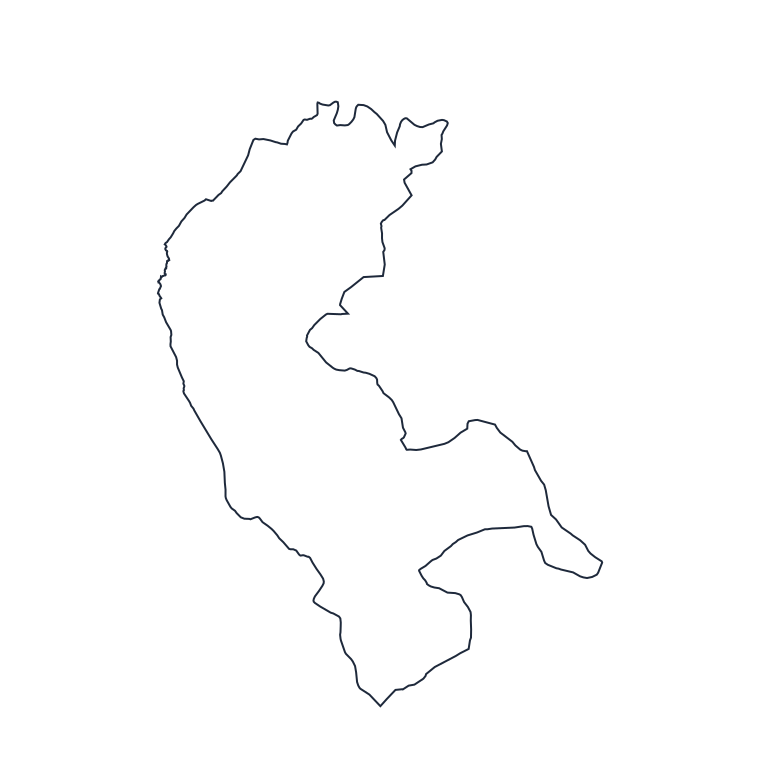 the district of Bahi, Dodoma, United Republic of Tanzania, rotated 327°
{"feature_id": "72390352B69303654086019", "entity_name": "Bahi", "entity_type": "district", "adm_level": 2, "iso_a3": "TZA", "parent_name": "United Republic of Tanzania", "parent_adm1": "Dodoma", "projection": "orthographic", "projection_center": [35.527, -6.167], "detail": "fine", "context": "isolated", "style": "outline", "palette": "slate", "viewbox_px": 768, "rotation_deg": 327, "n_neighbors": 0, "source": "geoboundaries", "source_scale": "gbopen_adm2", "svg_char_len": 6166}
<svg xmlns="http://www.w3.org/2000/svg" viewBox="0 0 768 768"><g transform="rotate(327 384 384)"><path d="M456.4,120.4L452.2,121.2L448.9,122.9L445.2,122.7L442.9,123.5L435.8,127.6L434.4,129.2L433.1,130.2L431.6,128.7L428.5,126.4L426.0,123.2L424.9,122.2L421.4,117.9L416.3,112.9L412.4,110.8L409.7,108.2L407.4,108.2L399.2,114.0L394.6,118.2L379.6,127.4L375.6,128.2L374.2,128.9L364.6,131.0L359.7,132.7L353.3,134.3L351.4,135.2L348.2,135.3L340.4,137.1L339.6,136.5L338.8,136.4L335.3,132.1L333.4,132.4L325.7,131.5L323.8,131.5L320.6,132.0L310.8,134.3L307.1,136.1L302.6,137.3L298.1,139.7L294.5,140.5L291.4,141.5L289.2,142.8L285.0,144.8L282.4,145.5L279.3,146.8L277.6,146.8L276.2,147.5L276.5,148.1L276.5,150.2L276.2,150.6L274.9,150.9L274.1,151.6L273.9,153.2L274.5,154.2L274.4,154.8L273.2,155.9L272.6,157.2L272.0,159.2L272.0,161.4L271.8,162.1L271.2,162.6L271.3,163.1L270.5,163.2L270.2,162.8L269.6,163.1L269.0,162.8L267.7,164.5L266.8,164.9L265.6,166.6L265.5,167.1L264.4,167.7L264.5,168.2L264.2,168.5L263.5,168.2L262.1,169.1L261.7,170.2L260.4,171.5L260.4,172.7L260.7,173.1L260.2,173.7L259.7,173.8L258.9,173.3L257.8,173.2L257.1,172.9L255.8,173.2L255.5,172.4L253.9,174.3L252.7,174.3L252.1,174.8L251.3,174.6L250.5,175.1L250.7,175.6L250.2,176.1L250.7,176.7L250.8,178.6L250.3,180.4L247.6,182.2L247.2,182.1L243.8,184.8L243.7,185.2L244.2,186.1L243.8,187.6L243.9,190.8L242.1,191.0L239.9,193.6L238.2,199.4L238.0,201.2L236.2,205.3L236.0,208.3L234.9,213.5L234.5,222.4L234.2,223.7L232.4,227.0L230.6,228.4L228.3,232.3L226.6,234.3L225.5,236.1L224.3,248.2L223.1,251.8L221.0,255.0L220.0,257.9L218.1,268.4L217.6,272.6L215.9,274.5L215.6,276.6L215.1,277.4L213.7,278.4L212.8,280.2L212.2,280.4L211.7,281.0L211.1,283.0L211.2,292.1L211.1,294.1L210.4,297.3L210.8,300.9L210.5,302.7L209.8,315.2L209.1,336.4L209.1,348.0L208.9,352.3L208.2,355.2L205.7,362.8L202.3,370.7L196.7,380.2L193.5,386.4L189.9,391.9L189.2,393.6L188.8,395.7L188.3,403.3L188.5,405.4L190.0,409.2L190.1,412.0L191.3,417.8L193.5,420.9L197.6,423.8L198.3,424.7L203.2,425.7L204.7,426.2L205.5,426.6L206.3,427.7L206.6,429.1L206.9,433.8L209.3,439.7L210.8,444.4L211.4,447.2L212.1,452.8L212.1,456.3L213.4,461.8L214.6,470.6L215.6,471.7L217.9,473.2L219.7,475.9L219.9,480.8L220.3,482.1L220.6,482.5L222.9,483.5L223.7,484.3L225.8,487.2L226.7,487.8L227.3,489.6L226.8,494.8L226.7,502.4L227.0,509.1L226.9,514.1L226.0,516.8L224.8,518.3L222.4,519.7L216.9,522.1L210.4,524.5L208.2,525.9L206.9,527.2L206.5,528.3L206.8,530.0L209.3,535.9L214.8,546.8L216.5,548.8L219.6,554.5L219.7,556.8L217.9,560.4L215.8,563.5L212.3,568.5L210.6,570.4L208.8,574.0L208.2,575.6L205.2,587.7L205.1,589.5L206.6,596.9L206.7,599.8L206.1,604.8L203.6,610.6L199.1,619.3L198.2,622.8L198.0,625.3L198.2,626.7L202.6,636.5L205.5,652.2L214.8,649.7L227.0,646.8L233.2,650.0L233.4,650.4L240.4,650.4L245.8,652.7L256.5,652.6L259.8,651.5L261.3,650.2L272.4,649.0L296.1,651.2L301.3,651.3L310.7,652.3L316.5,645.8L318.8,644.1L323.4,637.3L328.0,629.6L331.0,625.2L332.4,622.4L332.9,616.7L332.4,610.5L333.3,605.1L333.3,602.8L332.6,601.4L329.9,598.2L323.6,593.5L319.0,585.3L315.4,582.1L313.0,579.3L311.8,577.1L311.1,575.1L311.5,574.0L311.6,571.1L311.1,568.4L311.1,565.4L311.7,559.7L312.2,559.2L314.1,559.0L319.7,559.2L326.4,558.2L328.8,558.0L332.9,558.9L338.2,558.9L343.7,556.9L351.9,556.4L354.5,555.7L358.1,555.7L361.2,555.2L371.6,556.5L381.1,559.2L389.5,560.8L391.5,562.1L395.9,564.1L415.3,575.5L423.7,579.3L427.1,581.4L429.8,584.0L429.5,586.0L427.3,591.9L424.6,601.3L424.3,604.4L424.6,610.5L422.1,619.2L421.7,621.9L422.9,624.8L428.2,632.4L429.9,634.0L431.3,635.9L440.0,645.0L443.7,652.1L445.9,654.8L448.6,657.3L453.5,659.2L458.6,659.8L460.8,658.9L469.7,652.6L470.0,651.3L466.8,644.3L464.9,638.7L464.4,635.2L465.1,628.3L463.4,621.9L459.8,613.7L459.1,611.2L454.9,601.1L454.5,591.3L452.8,584.8L455.4,576.2L461.8,561.2L463.5,555.6L463.0,550.7L463.7,538.4L464.6,535.3L467.3,518.2L466.3,517.6L463.8,515.3L462.5,513.2L460.7,507.0L460.2,502.4L455.1,488.1L454.7,482.2L455.0,478.5L442.9,465.1L440.8,463.9L434.8,461.4L432.4,462.8L429.5,466.8L421.7,466.5L413.8,467.7L406.3,467.9L402.1,467.1L379.3,459.0L375.1,456.9L370.2,453.2L367.3,451.6L367.1,451.0L367.4,449.0L367.7,440.1L369.0,439.7L370.7,439.8L371.6,439.6L375.2,437.3L375.6,436.1L376.1,431.0L380.0,422.3L380.1,417.4L381.8,404.3L381.8,401.7L381.0,398.1L378.6,391.5L378.9,389.1L378.8,382.7L378.3,380.9L378.9,379.4L380.6,376.5L380.8,374.8L380.4,372.4L377.3,367.5L374.8,364.6L373.1,363.2L370.0,359.4L368.8,358.5L367.4,356.0L365.1,353.2L364.1,352.4L363.3,352.2L360.6,352.0L358.4,351.4L354.1,348.1L351.8,345.9L350.7,344.2L349.9,342.5L347.2,334.4L345.9,322.2L343.6,317.1L343.1,314.8L341.8,312.3L341.6,310.3L342.0,305.8L344.3,303.2L345.3,302.5L345.8,301.4L351.4,298.3L354.1,298.0L357.6,296.6L366.0,294.8L373.1,294.1L374.8,294.3L385.9,302.1L386.9,302.4L392.1,305.4L390.1,293.9L390.7,293.1L395.0,289.5L400.9,285.2L409.2,284.8L425.1,283.2L441.9,292.8L449.7,284.2L455.3,272.8L457.4,271.9L458.5,270.5L460.0,264.1L461.7,260.7L464.4,256.6L466.7,251.4L467.9,250.2L468.7,247.8L470.5,246.8L472.6,246.2L473.7,246.7L480.6,245.3L491.7,245.0L496.5,244.4L509.9,240.8L510.9,226.4L512.2,223.4L521.9,222.1L523.2,220.2L523.2,218.3L528.9,218.6L535.3,220.8L539.3,223.1L545.5,224.6L549.2,223.6L551.8,222.2L559.2,220.5L562.5,213.6L565.9,210.1L567.9,206.5L569.4,205.8L571.3,204.4L577.7,201.5L579.6,199.9L579.7,198.1L578.0,195.4L576.5,194.1L572.3,192.4L568.8,192.1L567.5,192.3L563.0,190.8L556.3,189.6L554.2,188.1L552.2,185.7L550.7,183.2L547.8,173.6L546.6,172.7L544.9,172.5L543.0,172.7L541.1,173.4L538.8,175.0L537.6,176.4L532.0,180.2L525.8,185.9L522.9,189.9L522.8,183.6L523.7,174.5L526.3,167.4L526.5,162.9L525.0,153.6L524.0,150.6L523.0,146.5L521.2,142.2L518.8,139.0L514.5,135.8L512.7,136.2L511.5,136.7L510.2,137.8L504.5,144.1L502.3,145.4L499.5,146.4L496.3,147.1L494.7,147.1L492.0,145.8L488.3,143.0L485.3,141.6L484.6,139.9L484.3,138.0L485.4,135.6L491.9,131.2L494.6,128.9L497.0,126.2L498.7,122.5L497.7,121.2L496.7,120.6L494.9,120.4L490.5,120.7L489.0,120.1L484.7,116.2L483.1,114.1L482.6,112.7L481.7,111.8L480.8,112.6L479.9,114.0L475.5,121.2L474.2,122.0L470.4,121.8L468.5,122.2L467.4,122.0L466.6,121.3L463.3,120.5L461.6,119.0L460.4,118.7L456.4,120.4Z" fill="none" stroke="#1e293b" stroke-width="2"/></g></svg>